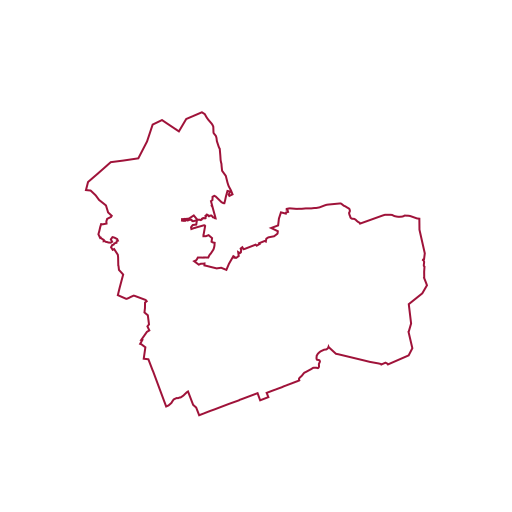 Valkas pag., Valkas, Latvia, rotated 327°
{"feature_id": "27541924B2692398092929", "entity_name": "Valkas pag.", "entity_type": "district", "adm_level": 2, "iso_a3": "LVA", "parent_name": "Latvia", "parent_adm1": "Valkas", "projection": "orthographic", "projection_center": [26.01, 57.752], "detail": "fine", "context": "isolated", "style": "outline", "palette": "rose", "viewbox_px": 512, "rotation_deg": 327, "n_neighbors": 0, "source": "geoboundaries", "source_scale": "gbopen_adm2", "svg_char_len": 5979}
<svg xmlns="http://www.w3.org/2000/svg" viewBox="0 0 512 512"><g transform="rotate(327 256 256)"><path d="M123.3,350.5L121.6,358.6L132.8,360.9L137.8,362.1L152.8,365.3L163.2,367.8L163.8,367.7L165.8,368.2L182.6,371.9L180.9,379.3L189.5,381.1L190.4,376.6L196.0,377.8L207.0,380.3L207.7,380.3L224.3,383.9L224.6,383.9L224.9,382.8L225.3,382.3L226.2,381.9L229.2,381.4L232.1,380.4L233.1,380.2L234.3,380.4L240.6,380.9L243.0,380.9L243.8,381.3L245.7,382.5L246.5,383.5L247.0,383.8L247.5,383.7L248.2,383.4L248.8,382.8L249.8,381.0L250.4,380.5L251.7,379.7L252.2,379.2L252.4,378.2L252.1,377.5L250.7,376.3L250.7,375.5L251.1,374.6L252.6,372.7L254.6,371.7L256.0,371.4L257.4,371.2L258.6,371.2L262.1,371.7L264.2,372.7L265.6,372.6L266.5,372.3L267.3,371.7L267.2,372.1L267.4,372.3L269.8,381.6L271.4,383.1L289.5,402.2L293.8,406.8L300.1,412.7L302.4,415.1L302.3,415.3L306.5,416.0L307.6,418.0L307.6,418.8L329.9,422.5L336.9,418.5L342.6,402.7L342.8,402.7L349.3,397.1L357.9,379.6L375.1,377.9L383.4,373.7L383.7,372.5L384.1,370.7L385.1,365.7L385.4,365.6L388.5,360.7L391.5,356.7L391.4,356.3L391.4,356.0L391.4,355.7L391.7,355.1L393.3,353.2L393.9,352.3L394.0,351.9L394.1,351.3L394.0,350.8L393.8,350.3L394.2,350.0L395.2,350.2L399.0,345.7L407.4,323.0L413.3,313.7L411.5,312.2L407.2,306.6L406.6,306.0L405.7,305.2L402.6,303.0L401.5,303.0L399.9,302.5L398.1,301.5L396.8,300.7L395.6,299.7L393.9,298.0L393.5,297.4L392.5,295.7L391.9,295.2L390.8,294.4L386.6,291.7L385.7,291.4L383.8,290.9L360.9,285.5L361.0,284.5L360.3,283.3L360.0,282.5L359.6,281.3L359.4,280.1L358.9,278.9L358.5,278.3L356.8,277.0L356.7,276.8L356.3,276.0L356.2,275.5L356.2,275.1L356.6,273.8L356.8,272.5L357.0,271.9L357.3,271.0L357.6,270.5L358.8,269.8L359.3,269.3L359.5,268.9L359.8,268.0L359.9,267.6L359.9,267.1L359.8,266.9L359.6,266.4L358.8,264.9L357.9,262.9L357.5,262.4L357.0,261.6L356.1,258.9L355.8,258.3L355.3,257.8L344.2,252.0L342.8,251.4L341.3,251.0L335.7,249.8L332.8,248.6L330.8,247.4L328.1,246.1L323.5,243.1L320.2,241.4L315.3,238.3L311.3,235.2L309.9,234.2L307.4,233.2L307.0,233.8L307.6,234.1L306.9,236.5L304.9,235.9L304.1,236.7L300.7,233.0L295.6,237.1L291.2,242.4L284.0,240.8L287.8,247.1L286.6,248.6L286.0,249.0L281.9,249.3L276.5,247.1L274.1,247.1L272.1,249.2L271.7,248.4L271.4,248.1L265.6,247.0L265.6,247.9L262.2,247.7L261.9,246.3L250.4,243.9L249.2,243.5L249.3,241.2L247.2,241.4L246.8,242.9L245.3,244.7L244.1,244.8L243.2,243.0L241.5,246.6L238.4,246.8L237.3,246.0L236.9,245.6L237.5,245.0L236.9,243.8L229.1,247.8L223.6,251.5L220.4,246.9L216.8,245.2L216.4,245.1L212.9,241.4L209.1,237.3L207.6,235.8L208.7,234.2L207.9,233.9L205.4,232.4L203.3,232.1L201.3,226.7L203.6,227.0L204.8,226.5L206.4,225.6L211.5,229.0L211.6,228.9L215.1,231.3L216.9,230.2L218.4,229.5L219.2,229.4L223.8,227.4L225.3,226.2L226.7,224.8L228.5,222.4L227.1,221.0L226.5,219.8L228.9,217.1L227.6,212.7L224.8,212.1L222.7,210.8L223.4,209.7L224.0,209.2L229.7,203.1L229.6,202.3L228.8,201.8L221.1,199.4L220.8,199.4L219.1,198.8L216.5,198.2L217.0,196.9L217.2,196.5L218.7,195.9L219.9,195.6L223.0,197.1L225.6,194.2L224.7,193.4L222.7,192.8L221.6,192.1L221.6,190.5L220.9,190.1L219.8,189.3L219.0,189.3L217.9,188.9L217.8,188.6L217.1,188.0L216.6,187.9L215.6,187.9L214.6,187.0L214.3,187.0L213.2,186.0L214.1,184.8L214.9,185.4L216.2,185.9L216.9,186.5L217.4,186.7L218.9,187.5L220.5,188.2L221.5,188.1L225.9,188.1L226.5,193.2L227.8,194.6L228.6,194.9L229.2,195.8L230.1,195.9L230.7,195.7L230.9,195.3L231.5,195.3L231.8,195.4L232.2,195.7L232.4,195.6L232.4,195.4L232.5,195.4L233.1,196.1L233.4,196.4L234.0,196.8L234.3,196.8L234.5,196.3L234.8,195.8L235.6,195.6L235.8,195.3L235.6,195.0L235.6,194.8L235.8,194.8L236.5,195.0L236.9,194.7L237.1,194.4L237.3,194.4L237.8,195.1L237.9,195.8L238.1,196.0L238.1,196.3L238.0,196.9L238.2,197.1L239.0,197.1L239.4,197.1L239.9,197.5L240.4,197.5L240.6,197.7L240.7,198.0L240.7,198.3L241.0,199.1L240.9,199.9L240.9,200.0L242.0,201.2L242.0,201.5L242.0,201.8L242.6,202.4L243.2,200.7L245.8,192.5L246.2,191.2L246.2,190.9L246.3,191.0L248.1,185.5L248.4,185.5L250.0,185.3L251.8,182.7L253.8,182.8L254.6,184.2L256.4,192.1L257.4,193.9L258.2,194.5L260.4,192.5L263.2,189.7L267.5,185.9L269.4,187.9L266.5,189.7L266.4,191.1L269.9,191.5L270.7,187.5L271.1,182.8L271.4,181.3L272.1,178.8L274.3,172.4L274.1,168.2L274.0,166.6L274.0,166.1L274.1,165.8L276.2,161.7L277.2,159.9L277.7,158.4L278.5,156.4L280.8,152.3L284.0,146.3L284.0,145.4L284.3,143.8L285.7,138.5L286.1,137.6L287.1,135.6L287.7,133.7L287.7,132.9L287.4,130.0L287.5,129.7L287.7,129.1L290.5,124.5L290.7,123.9L290.9,122.3L290.9,120.9L290.2,115.7L290.1,113.6L290.1,112.4L290.3,109.1L288.9,106.0L272.1,103.1L259.2,109.5L253.1,95.3L251.2,90.8L240.9,89.5L227.0,100.6L210.5,110.0L196.5,103.6L185.3,98.2L169.1,100.6L155.9,102.4L155.4,102.5L149.3,108.1L152.9,111.0L153.0,111.2L154.4,117.0L154.6,118.1L154.9,123.5L156.9,129.4L157.7,131.9L155.7,138.9L156.9,143.7L155.6,144.3L155.2,144.2L151.4,143.8L149.4,145.4L148.3,147.4L145.6,146.3L144.6,145.9L143.5,144.9L141.2,146.8L138.1,149.8L135.7,151.9L135.1,155.9L135.1,156.0L135.8,156.0L135.8,156.8L136.5,158.4L137.1,159.5L136.3,160.6L136.6,160.7L137.2,161.1L137.8,162.4L139.0,163.5L139.4,164.2L141.4,165.7L143.1,165.7L143.3,163.0L145.9,162.0L146.7,162.8L147.6,164.0L148.8,166.2L148.5,167.9L147.9,167.7L147.1,167.8L146.2,168.9L144.2,168.3L142.7,168.9L141.4,168.5L139.2,169.7L139.2,172.8L140.8,172.9L140.8,179.7L139.7,181.9L135.3,189.0L135.3,189.4L133.5,193.0L134.5,199.2L124.1,208.6L118.8,213.6L123.8,221.2L124.3,221.5L126.4,221.9L128.7,222.1L131.8,222.6L132.5,223.3L139.3,232.5L139.6,233.2L139.7,234.4L137.6,234.6L134.5,239.2L131.7,242.6L133.0,246.8L129.0,255.1L126.6,255.9L126.2,259.0L126.0,260.3L123.2,260.2L114.0,263.9L114.8,264.6L111.0,266.6L111.8,267.7L113.5,272.3L105.9,281.0L109.5,284.0L107.0,295.7L106.9,296.6L99.9,327.8L98.7,333.3L99.4,333.4L101.2,333.7L103.5,333.4L105.2,333.1L106.5,332.4L108.8,331.5L109.3,331.5L112.0,331.9L113.3,332.8L114.9,333.1L115.2,333.2L115.5,333.5L116.1,333.6L119.2,333.5L120.6,333.2L123.7,332.6L125.2,332.6L122.2,346.6L123.3,350.5Z" fill="none" stroke="#9f1239" stroke-width="2"/></g></svg>